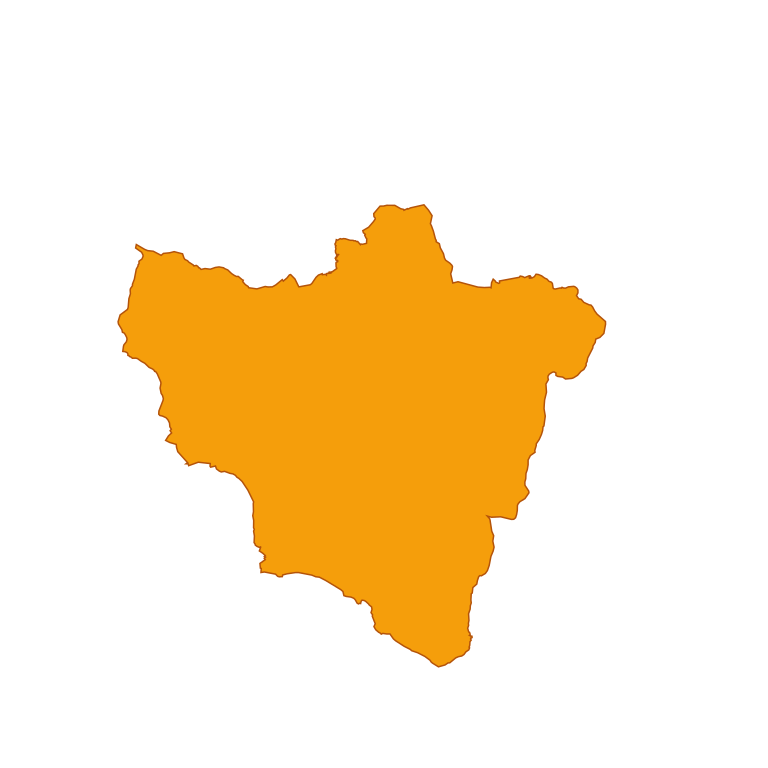 Rosia, Sibiu, Romania, rotated 322°
{"feature_id": "2599482B70516542388979", "entity_name": "Rosia", "entity_type": "district", "adm_level": 2, "iso_a3": "ROU", "parent_name": "Romania", "parent_adm1": "Sibiu", "projection": "equal_earth", "projection_center": [24.304, 45.817], "detail": "fine", "context": "isolated", "style": "filled", "palette": "amber", "viewbox_px": 768, "rotation_deg": 322, "n_neighbors": 0, "source": "geoboundaries", "source_scale": "gbopen_adm2", "svg_char_len": 6171}
<svg xmlns="http://www.w3.org/2000/svg" viewBox="0 0 768 768"><g transform="rotate(322 384 384)"><path d="M597.0,471.1L594.9,460.1L595.0,456.0L595.8,451.8L595.7,449.3L594.3,447.8L591.7,442.7L591.5,438.6L589.9,436.7L590.1,432.9L592.9,431.6L594.7,429.3L594.9,427.1L594.4,425.1L593.7,423.9L589.2,421.0L586.0,420.2L584.5,418.8L583.8,417.4L582.8,417.7L582.0,416.8L577.4,414.6L576.4,413.4L576.3,412.6L578.6,408.4L578.6,406.9L577.2,404.6L577.0,401.7L575.8,399.4L574.8,395.8L573.0,392.7L571.4,391.1L568.6,392.0L566.0,391.6L563.9,390.4L563.7,390.1L564.2,389.3L565.7,389.9L565.8,388.8L565.1,388.1L560.4,386.8L559.4,384.7L557.8,382.8L556.3,383.2L538.4,373.9L537.4,375.5L536.3,375.3L534.8,372.4L535.1,371.4L534.6,368.6L531.1,370.4L527.6,374.1L527.0,373.0L522.5,369.8L517.7,365.5L505.3,349.0L500.4,346.8L504.4,338.2L507.9,335.9L510.3,333.6L510.6,332.3L510.3,329.3L508.8,324.4L509.2,322.0L511.1,317.9L512.2,311.4L514.0,307.5L512.7,304.0L513.6,302.9L513.8,301.4L517.0,294.0L518.8,288.5L519.2,286.3L525.5,281.0L526.1,274.5L525.8,267.4L513.3,261.5L510.5,260.9L510.4,260.2L506.7,259.4L507.0,258.5L505.1,256.2L502.5,249.9L496.2,244.9L493.2,243.5L490.4,241.4L480.8,243.4L479.1,246.0L479.3,247.4L478.7,248.6L475.5,249.6L468.4,251.0L461.7,250.1L460.9,252.1L461.4,254.5L460.4,254.9L459.7,257.8L459.8,259.0L456.8,262.4L453.1,260.7L452.0,259.5L451.2,259.7L451.0,255.5L450.0,254.8L449.7,253.6L448.4,252.6L448.1,251.8L445.8,249.9L443.0,245.8L441.5,244.4L440.0,243.8L439.0,242.5L436.0,242.1L435.3,240.9L432.8,243.0L431.9,243.2L431.1,244.2L431.3,245.5L430.1,246.1L429.4,247.8L427.8,249.0L426.8,250.5L426.4,252.5L426.8,253.0L426.2,253.4L428.6,254.2L425.9,253.9L424.1,254.5L425.1,254.8L423.1,255.5L422.5,256.4L422.5,257.3L423.4,257.9L423.4,258.5L422.8,259.1L421.3,258.7L420.7,259.0L418.4,262.2L418.1,263.7L417.8,263.9L412.4,263.7L410.1,262.6L410.8,263.8L410.4,263.9L409.3,263.2L409.4,262.6L408.9,263.0L406.7,261.6L405.7,262.7L405.5,261.6L402.7,259.9L403.2,259.0L399.4,257.8L396.1,258.1L389.0,260.4L387.0,260.4L377.2,255.3L376.7,254.9L378.5,246.4L377.8,240.3L376.6,239.8L372.9,240.7L368.0,240.9L368.1,239.1L359.6,239.3L355.8,238.7L352.3,236.1L350.4,234.0L342.4,230.8L336.6,224.8L337.0,223.6L335.9,220.3L335.7,216.4L337.0,215.6L336.5,214.7L335.4,209.5L333.9,208.4L332.8,206.0L331.9,203.2L331.1,197.9L329.4,194.8L329.2,193.7L326.1,190.2L322.8,188.3L317.8,186.6L314.0,182.8L310.4,181.1L310.1,178.9L309.6,178.4L309.7,176.7L309.1,175.0L306.9,173.9L307.0,172.9L305.2,167.7L305.1,165.9L303.8,163.3L304.0,161.4L305.4,157.4L300.1,150.5L295.8,148.6L290.6,145.3L287.6,145.4L283.9,137.3L279.9,133.4L278.3,130.6L274.7,121.6L272.0,123.9L274.1,130.9L273.5,134.0L272.7,135.1L270.2,136.5L266.5,136.4L265.1,138.3L263.4,138.8L263.0,139.5L259.5,141.0L251.7,147.8L247.2,150.5L246.3,151.7L243.0,152.7L241.9,153.6L239.7,156.8L235.5,159.7L229.5,166.2L227.7,167.3L218.6,167.1L212.8,171.2L211.7,173.2L210.9,179.8L209.7,182.3L210.5,183.3L210.6,185.4L209.9,188.9L209.1,190.5L207.0,192.1L203.2,193.0L202.0,193.8L198.2,197.5L199.9,199.2L200.9,201.2L200.7,202.6L199.8,203.8L200.5,204.9L200.4,205.7L201.1,206.7L201.6,208.8L204.3,210.8L205.4,212.2L206.7,216.7L208.3,220.4L209.1,226.2L210.9,229.8L211.3,232.0L211.0,232.8L211.7,233.6L211.6,236.3L209.3,245.1L208.4,246.4L205.0,249.4L202.6,254.2L202.4,256.6L201.2,259.5L199.9,260.8L190.0,266.7L187.9,269.1L188.0,270.8L189.7,272.9L191.5,276.4L191.7,279.1L191.0,282.6L188.9,285.9L188.6,288.7L186.7,289.1L186.5,291.8L182.2,292.2L177.2,294.0L179.1,298.1L183.1,303.7L181.5,306.2L179.8,310.4L180.8,325.1L178.9,325.0L180.5,326.4L179.8,328.1L189.5,331.3L198.1,339.7L196.3,341.7L196.2,342.8L200.7,344.9L199.7,347.8L200.6,351.2L201.6,353.1L204.6,354.7L207.7,359.7L209.6,361.8L210.7,364.5L210.7,366.8L211.5,369.0L212.2,373.5L211.4,383.8L208.7,396.6L207.3,397.8L202.5,404.3L199.5,407.0L197.3,411.3L192.7,417.0L192.4,418.6L190.7,419.6L188.3,424.0L184.0,429.0L183.9,430.7L183.4,431.7L184.0,433.9L185.2,436.0L186.4,436.4L186.2,436.8L183.0,438.8L184.3,442.8L184.8,446.1L183.5,446.3L184.0,447.5L182.3,447.6L182.3,449.3L175.8,449.0L173.2,453.0L173.7,453.8L171.0,456.8L174.0,458.5L181.5,467.1L181.8,470.1L182.8,471.5L185.3,473.2L186.6,472.1L190.6,473.8L198.0,478.0L200.6,480.0L209.5,490.2L211.5,493.8L214.1,496.4L217.1,502.9L223.3,519.3L223.9,522.2L222.1,526.1L223.4,528.1L226.8,531.6L228.3,534.3L228.5,536.3L227.9,540.2L228.5,541.6L229.8,541.8L230.4,542.6L232.1,541.2L233.6,540.8L235.1,542.4L235.8,544.2L236.4,547.8L236.3,549.0L237.0,551.9L235.8,554.2L233.0,556.2L232.9,558.8L231.8,559.8L229.5,567.5L226.7,569.0L226.2,572.6L226.9,576.2L227.8,578.3L227.8,579.4L229.5,579.8L232.4,582.8L234.8,584.6L234.5,590.7L235.1,593.6L238.4,603.1L241.3,609.3L241.6,611.2L245.1,616.5L248.5,623.9L250.2,630.0L250.0,632.2L250.4,633.9L252.8,640.4L259.2,643.0L262.7,643.2L264.2,644.2L271.9,644.0L274.8,644.7L277.8,646.2L280.5,646.4L283.6,645.5L287.1,645.7L289.0,644.6L289.0,643.8L290.7,642.7L293.1,640.0L295.0,639.5L295.2,638.2L296.0,637.6L296.7,638.1L297.6,637.8L298.0,636.7L297.2,636.2L296.6,634.7L297.4,634.8L298.1,633.6L298.5,632.4L298.1,631.5L299.6,627.9L302.1,626.3L303.1,624.6L305.4,622.6L309.2,617.1L313.3,614.4L315.5,611.9L318.0,610.2L319.5,607.7L323.6,603.0L324.9,603.0L328.7,599.1L333.9,598.8L336.6,596.4L339.7,594.3L341.4,593.9L342.7,595.1L347.2,595.7L350.6,594.7L355.1,591.8L362.1,585.7L367.2,582.8L370.3,580.3L373.0,574.8L377.0,571.1L378.3,566.3L383.8,556.5L384.3,555.1L384.1,551.7L386.6,555.1L394.2,560.5L401.1,569.2L403.0,570.5L405.3,570.4L408.0,568.6L411.2,565.7L414.4,561.8L416.0,561.0L418.6,560.4L424.5,561.1L431.2,559.0L432.1,557.5L432.7,550.6L434.7,547.9L437.3,546.0L440.8,541.9L444.2,539.7L447.8,536.4L450.8,532.6L455.3,530.5L461.0,530.8L461.9,529.2L466.1,526.2L467.1,524.9L472.1,523.3L477.0,520.7L480.4,518.3L482.9,515.7L484.2,515.5L491.3,508.6L494.9,502.0L497.6,498.9L500.8,495.4L507.0,490.5L511.6,483.7L516.2,481.8L517.0,480.0L518.2,478.7L520.4,478.0L524.0,478.4L525.5,479.2L526.3,481.1L524.8,483.1L525.5,484.9L529.1,488.6L530.1,491.8L535.4,495.2L537.2,495.8L541.9,496.3L547.1,495.3L550.4,495.6L554.7,493.9L555.8,492.3L557.9,491.3L560.5,488.9L570.6,484.2L572.1,482.7L576.0,481.3L578.5,479.0L582.8,480.2L588.4,479.5L595.4,473.3L597.0,471.1Z" fill="#f59e0b" stroke="#b45309" stroke-width="1.5"/></g></svg>